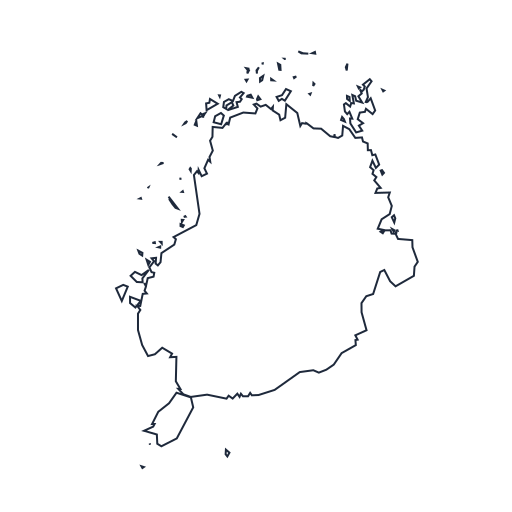 the district of Bohol, Bohol, Philippines, rotated 343°
{"feature_id": "2640588B19040020708567", "entity_name": "Bohol", "entity_type": "district", "adm_level": 2, "iso_a3": "PHL", "parent_name": "Philippines", "parent_adm1": "Bohol", "projection": "equal_earth", "projection_center": [124.147, 9.869], "detail": "fine", "context": "isolated", "style": "outline", "palette": "slate", "viewbox_px": 512, "rotation_deg": 343, "n_neighbors": 0, "source": "geoboundaries", "source_scale": "gbopen_adm2", "svg_char_len": 6122}
<svg xmlns="http://www.w3.org/2000/svg" viewBox="0 0 512 512"><g transform="rotate(343 256 256)"><path d="M348.3,150.8L343.3,143.9L343.2,143.9L343.0,143.7L342.9,144.2L342.2,144.0L338.9,142.4L336.4,144.6L337.3,131.3L329.4,119.7L324.3,132.3L319.1,133.3L319.5,127.6L314.5,121.7L315.8,118.2L313.3,119.9L309.5,114.3L304.1,114.5L301.0,110.4L298.2,110.5L300.5,115.3L297.1,119.5L285.8,115.1L271.8,116.1L268.3,122.0L266.9,119.3L267.2,122.3L266.3,120.4L261.4,123.7L252.3,119.9L249.2,129.3L245.8,132.3L245.5,142.6L240.5,147.7L239.8,152.5L238.3,150.0L232.3,157.0L233.2,162.9L227.4,163.8L226.3,156.8L225.2,159.7L224.3,157.7L220.3,160.4L214.3,199.2L207.9,209.0L182.7,213.8L184.3,216.5L181.2,221.2L166.4,225.6L162.9,234.0L159.4,236.3L157.8,233.9L159.9,228.5L155.5,227.7L157.0,231.2L150.7,235.7L151.4,240.9L153.8,242.3L152.0,245.8L146.0,245.5L142.1,252.4L141.2,249.2L141.9,252.9L139.3,256.6L140.6,259.9L136.6,259.1L130.7,269.9L127.8,268.8L129.6,273.8L126.3,276.6L121.5,292.3L121.1,307.8L123.5,320.1L130.6,320.4L139.5,316.3L147.2,324.8L144.3,327.7L150.4,329.2L142.7,352.4L144.8,361.0L142.8,360.3L146.1,367.0L152.4,371.7L168.7,374.3L186.1,383.8L189.0,381.6L192.0,385.5L197.9,382.2L199.1,385.9L201.3,383.3L202.5,386.3L207.4,387.8L210.4,385.2L211.3,388.0L217.8,389.7L234.7,389.5L263.9,379.8L277.4,382.0L282.0,385.9L290.0,385.3L298.6,382.6L309.5,373.9L325.4,370.4L326.5,365.5L328.7,365.7L327.8,360.9L340.0,359.3L340.5,340.7L343.1,331.9L349.7,326.7L356.9,326.6L370.1,307.6L374.6,306.9L376.9,319.4L380.6,325.8L401.2,321.1L404.5,312.5L409.0,308.9L408.2,293.4L410.1,286.5L396.8,281.2L396.0,275.6L392.2,274.2L392.1,270.7L386.4,269.1L383.9,271.3L382.2,269.2L385.5,268.3L380.4,265.5L386.9,257.6L396.1,255.0L400.5,247.8L399.6,238.5L402.5,234.4L388.7,230.6L391.7,226.9L395.1,227.3L391.2,218.3L394.2,215.7L391.4,211.5L393.6,208.3L391.1,204.4L395.2,198.9L396.4,206.8L400.5,204.6L399.8,193.8L396.7,193.6L396.9,188.4L393.9,187.5L395.7,181.0L391.8,177.8L392.0,173.6L385.5,172.1L382.3,162.0L377.3,157.0L373.7,166.0L369.0,167.1L366.1,165.2L366.8,162.5L365.4,165.0L362.0,163.2L355.5,153.3L348.3,150.8ZM140.0,363.5L129.8,371.4L117.0,376.4L107.5,386.3L109.9,387.0L107.8,389.1L97.8,390.4L109.0,397.7L106.7,406.7L109.9,410.3L126.9,407.3L151.7,382.4L152.4,372.2L140.0,363.5ZM416.5,120.2L408.4,123.4L409.6,125.7L407.7,128.4L405.4,129.6L404.1,127.1L404.6,131.5L400.6,133.2L402.4,140.3L397.2,136.8L397.5,132.2L395.2,130.2L394.2,138.7L391.8,137.6L389.7,140.6L386.6,136.1L384.4,136.8L383.3,143.8L384.7,147.0L387.5,145.4L388.2,152.8L386.1,152.0L385.0,156.8L387.9,167.1L394.2,167.2L392.5,161.4L397.2,160.3L393.3,154.9L397.2,149.2L402.3,150.0L404.2,147.4L409.0,154.4L412.5,151.7L411.8,138.7L408.0,141.1L406.9,141.3L406.0,140.8L409.5,136.8L410.7,128.1L417.6,122.7L416.5,120.2ZM290.0,94.7L282.7,96.7L279.3,101.0L275.8,98.1L270.4,99.3L268.2,104.1L270.5,106.6L271.8,103.4L277.9,101.9L278.3,105.5L271.2,108.3L282.2,108.1L282.4,103.2L285.8,103.8L288.2,101.8L287.0,99.7L291.8,96.6L290.0,94.7ZM120.6,244.8L112.7,246.0L114.5,259.8L124.4,247.8L120.6,244.8ZM130.3,238.3L134.4,246.0L139.9,248.0L140.8,244.2L149.4,238.0L141.0,240.8L135.6,235.8L130.3,238.3ZM123.6,258.2L121.8,264.2L125.6,270.0L132.7,265.2L123.6,258.2ZM333.5,105.1L327.9,109.8L322.2,109.9L323.1,114.3L326.7,113.3L329.0,115.9L337.5,108.6L333.5,105.1ZM257.9,92.4L256.2,95.8L252.9,95.5L251.4,102.1L263.9,99.2L257.9,92.4ZM264.3,109.0L257.8,110.4L254.6,115.7L261.2,119.8L266.3,112.3L264.3,109.0ZM170.6,432.4L169.0,436.7L170.0,439.3L173.1,436.3L170.6,432.4ZM399.9,257.4L397.2,258.6L398.0,264.4L400.2,260.7L399.9,257.4ZM244.7,103.3L240.1,107.1L246.6,106.3L244.7,103.3ZM298.1,100.2L294.7,100.2L294.0,101.0L298.8,103.6L298.1,100.2ZM315.6,85.8L311.8,87.0L310.9,90.4L313.3,89.7L315.6,85.8ZM195.2,188.0L189.8,173.7L190.7,177.4L189.6,176.1L191.3,182.0L193.1,186.4L195.2,188.0ZM333.3,78.4L332.7,84.7L333.9,85.2L335.1,80.3L333.3,78.4ZM152.9,230.6L150.3,227.6L150.4,233.0L152.9,230.6ZM379.0,148.2L377.1,150.8L380.3,153.5L380.1,150.7L379.0,148.2ZM402.7,213.9L401.6,210.7L400.2,210.8L400.6,215.1L402.7,213.9ZM389.8,129.5L389.0,132.4L391.0,135.1L391.9,131.3L389.8,129.5ZM304.8,104.0L302.8,106.3L302.8,107.4L306.0,107.3L304.8,104.0ZM237.6,114.1L238.4,109.4L235.8,112.6L237.6,114.1ZM145.0,216.5L145.2,219.8L147.3,222.3L148.3,219.8L145.0,216.5ZM195.9,205.6L193.2,203.4L192.6,205.3L194.5,206.9L195.9,205.6ZM215.1,119.4L212.0,115.2L211.5,114.8L215.1,119.4ZM397.0,105.1L399.7,98.8L397.1,101.7L397.0,105.1ZM372.0,78.1L369.1,78.5L371.8,79.8L372.0,78.1ZM324.0,93.2L322.3,91.0L321.9,92.4L324.0,93.2ZM87.0,425.0L85.0,423.6L85.4,425.5L87.0,425.0ZM356.3,72.7L358.7,75.5L365.2,77.8L360.3,75.9L356.3,72.7ZM395.9,271.9L394.2,270.1L394.8,273.1L395.9,271.9ZM195.1,201.8L196.9,200.2L195.6,199.7L195.1,201.8ZM360.4,110.1L362.2,108.6L361.5,107.3L360.4,110.1ZM404.8,125.2L403.0,123.7L403.3,125.8L404.8,125.2ZM310.2,81.8L311.0,79.2L313.9,76.4L310.8,78.6L310.2,81.8ZM427.0,135.3L425.5,134.0L425.8,135.7L427.0,135.3ZM218.4,155.6L219.2,153.4L218.9,152.7L217.9,153.6L218.4,155.6ZM301.5,73.5L302.4,75.7L303.3,75.7L303.6,74.6L301.5,73.5ZM299.4,84.8L297.6,84.4L298.0,86.1L299.4,84.8ZM304.2,75.8L301.9,76.9L301.1,78.9L304.2,75.8ZM347.0,96.1L344.4,96.0L344.5,97.0L347.0,96.1ZM167.2,218.9L165.2,219.1L166.8,220.0L167.2,218.9ZM169.5,216.4L169.9,214.9L168.6,214.5L169.5,216.4ZM163.1,214.1L163.2,213.2L160.8,213.2L163.1,214.1ZM355.7,116.6L354.5,116.6L355.0,117.5L355.7,116.6ZM249.1,104.6L247.6,104.7L247.8,105.6L249.1,104.6ZM194.7,140.0L192.5,139.2L191.0,140.1L194.7,140.0ZM200.0,197.2L198.4,197.5L200.2,197.8L200.0,197.2ZM398.8,272.8L397.2,272.6L398.8,273.3L398.8,272.8ZM229.7,106.8L227.3,107.5L225.8,108.7L227.6,108.4L229.7,106.8ZM317.7,73.7L318.7,74.0L318.8,73.7L317.7,73.7ZM207.2,160.2L205.4,159.6L206.5,160.2L207.2,160.2ZM397.7,275.3L396.7,274.5L396.6,274.9L397.7,275.3ZM204.9,172.6L203.9,173.0L204.9,173.4L204.9,172.6ZM268.5,91.9L267.7,91.6L267.9,92.9L268.5,91.9ZM162.8,166.9L161.7,167.1L162.8,167.6L162.8,166.9ZM342.0,76.1L340.9,75.7L341.1,76.0L342.0,76.1ZM246.2,107.0L245.3,107.3L247.0,107.6L246.2,107.0ZM172.8,159.1L172.6,159.6L173.1,159.0L172.8,159.1ZM99.4,404.2L99.4,404.3L99.5,405.4L99.6,404.8L99.4,404.2Z" fill="none" stroke="#1e293b" stroke-width="2"/></g></svg>